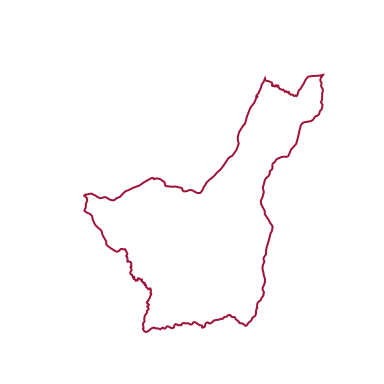 Gramalote, Norte de Santander, Colombia, rotated 15°
{"feature_id": "7082276B79759351892692", "entity_name": "Gramalote", "entity_type": "district", "adm_level": 2, "iso_a3": "COL", "parent_name": "Colombia", "parent_adm1": "Norte de Santander", "projection": "robinson", "projection_center": [-72.809, 7.922], "detail": "fine", "context": "isolated", "style": "outline", "palette": "rose", "viewbox_px": 384, "rotation_deg": 15, "n_neighbors": 0, "source": "geoboundaries", "source_scale": "gbopen_adm2", "svg_char_len": 6032}
<svg xmlns="http://www.w3.org/2000/svg" viewBox="0 0 384 384"><g transform="rotate(15 192 192)"><path d="M95.7,219.5L92.8,220.6L91.4,221.6L90.1,221.9L89.5,222.3L89.0,223.2L88.1,223.4L89.8,223.8L91.5,224.7L92.2,225.4L92.9,226.9L93.0,227.9L92.5,230.9L93.4,234.3L92.9,236.8L93.0,238.0L95.3,239.0L99.0,239.6L101.1,240.6L101.8,241.3L103.3,244.4L106.7,248.5L107.9,249.4L111.0,251.1L113.6,252.2L114.7,253.2L115.7,254.7L116.1,255.8L117.3,257.3L122.0,262.0L122.6,264.4L123.8,265.6L127.9,267.3L133.7,269.1L134.9,269.1L136.6,268.0L137.6,266.1L138.2,265.4L139.0,265.1L140.6,265.1L142.0,264.6L142.3,265.0L143.3,265.5L144.1,266.8L145.0,267.5L145.6,268.6L145.0,270.8L145.8,271.1L146.1,272.0L146.9,272.7L147.1,274.2L147.5,274.9L147.6,275.9L147.9,276.0L148.8,275.3L149.7,275.6L150.7,275.5L151.5,276.2L152.1,277.4L152.1,278.4L152.7,279.4L152.7,279.7L152.0,280.5L153.1,281.4L153.2,282.0L154.0,283.2L153.3,284.9L153.2,286.0L153.7,287.0L154.0,287.3L154.9,287.3L155.4,287.5L156.9,289.6L157.4,288.9L158.1,289.0L158.5,289.6L158.5,291.1L158.9,291.1L159.6,291.5L160.3,291.5L160.8,292.2L161.5,291.5L162.3,291.6L162.4,291.4L162.1,290.4L162.1,289.6L162.3,289.3L162.8,289.1L163.5,289.5L164.5,289.5L165.1,289.9L166.2,289.5L166.5,290.1L166.3,290.7L166.4,291.2L168.2,291.8L168.7,292.7L169.6,292.0L169.8,292.0L170.2,292.9L170.6,293.3L170.6,294.1L171.4,294.0L171.7,294.1L172.0,295.2L172.6,295.9L173.4,296.1L174.4,296.9L175.2,297.2L175.8,297.0L176.4,295.9L176.8,296.0L177.2,296.5L178.1,298.7L178.0,300.4L178.9,300.8L179.1,301.4L178.6,303.4L178.7,304.9L177.9,307.2L177.7,308.9L177.0,309.8L176.9,310.2L177.7,311.4L179.0,311.6L179.6,312.1L179.6,312.8L178.4,314.2L180.0,315.4L180.3,315.9L180.2,316.8L179.3,318.5L179.3,319.2L179.7,320.0L179.7,320.5L179.4,321.4L178.9,322.1L178.4,324.4L178.9,327.6L179.4,328.4L179.6,329.3L179.5,329.9L178.8,330.8L179.1,332.0L178.8,332.7L179.4,333.5L180.3,335.8L180.4,336.3L180.0,336.9L180.8,337.9L181.8,338.7L183.1,339.1L184.4,338.9L186.1,337.3L187.8,334.6L189.3,333.2L190.0,333.2L190.8,332.8L192.7,333.1L194.2,332.5L196.8,332.9L198.8,330.6L199.5,330.7L200.4,331.1L201.4,330.9L202.5,328.5L203.1,328.0L204.6,328.1L206.3,328.7L208.3,328.6L209.5,327.6L209.6,326.7L209.5,324.9L210.6,323.7L211.0,323.7L213.1,324.4L214.8,323.5L215.9,323.6L216.2,323.2L216.5,321.5L218.5,320.5L219.8,320.7L222.4,319.7L224.0,320.4L225.8,320.1L226.4,319.5L227.0,317.6L227.7,317.1L228.7,317.0L230.3,317.6L231.3,317.7L233.3,318.6L236.2,318.5L236.6,318.8L236.8,320.2L237.6,320.2L239.2,318.8L239.2,315.5L240.0,314.4L241.0,313.8L242.6,314.5L243.3,314.5L245.3,312.6L246.0,311.0L246.4,310.4L247.3,310.1L248.6,309.2L250.1,308.8L251.0,308.2L251.7,308.0L252.5,307.1L253.8,306.8L254.8,306.2L255.0,305.3L255.8,304.4L257.9,303.3L258.6,301.9L260.1,301.0L260.9,301.0L262.1,302.0L263.0,302.3L263.9,302.3L265.3,301.8L266.0,302.1L267.2,303.6L270.2,304.8L270.7,305.1L271.0,305.8L272.0,306.3L272.6,306.4L273.9,305.9L274.8,305.9L275.7,306.4L276.8,306.5L277.9,307.3L278.8,307.3L279.8,306.0L280.0,304.4L282.1,301.4L282.6,300.2L282.9,297.9L285.1,295.2L285.3,292.9L284.7,290.9L284.7,289.6L284.5,288.9L284.7,287.8L285.1,287.2L284.3,285.9L284.0,282.3L284.7,280.7L285.9,279.4L286.3,278.5L286.7,276.3L287.8,273.5L287.4,272.7L287.6,270.6L286.7,269.3L285.5,268.1L285.0,266.3L285.7,262.7L285.6,261.7L285.9,260.0L285.3,259.0L285.2,257.5L282.9,253.8L281.6,250.9L280.1,248.4L279.5,245.8L279.5,243.6L279.9,240.7L279.9,240.4L278.8,239.0L278.4,238.1L278.3,236.6L279.5,233.3L279.5,232.3L278.7,229.5L278.5,226.9L278.7,220.0L278.6,211.5L279.1,209.8L279.2,208.5L278.9,204.6L277.5,203.2L275.3,201.5L273.8,199.6L267.9,194.4L267.3,191.8L266.0,190.2L262.7,186.8L261.3,184.5L260.9,183.1L260.9,181.6L261.4,179.0L261.4,173.5L259.4,169.7L259.2,168.8L259.4,165.6L259.3,162.2L259.6,160.2L262.0,156.3L262.4,153.8L261.8,152.8L261.8,151.7L263.4,149.5L263.5,149.0L263.4,147.4L262.6,145.2L262.6,144.3L263.0,143.1L264.4,141.3L265.0,138.8L266.4,137.4L269.3,135.1L271.9,134.0L274.5,133.4L275.2,133.0L275.8,132.2L276.7,125.4L280.2,118.5L280.2,108.5L279.9,105.3L279.9,99.7L280.8,96.9L282.4,95.6L288.2,92.9L290.1,91.2L291.3,87.4L293.3,85.9L294.3,84.6L294.6,83.3L294.7,80.5L295.9,78.3L295.6,74.1L293.4,72.0L293.3,71.6L293.6,70.7L293.6,68.6L292.4,63.9L292.2,60.0L291.4,58.5L290.1,57.3L289.4,56.3L289.1,55.5L288.9,53.2L288.5,52.5L287.2,51.4L286.9,50.7L287.0,47.8L288.0,46.1L288.3,44.9L285.5,46.4L277.1,49.3L274.2,50.7L272.7,54.1L271.7,59.0L270.7,61.9L270.2,64.1L268.8,66.3L268.7,71.1L268.2,72.2L267.2,71.9L266.3,72.8L265.6,72.8L264.4,72.0L263.9,71.9L262.2,72.5L261.0,71.8L260.0,71.7L259.9,70.7L259.5,70.2L258.2,70.9L257.8,70.9L256.9,70.3L256.4,71.0L255.8,71.2L255.0,70.3L254.0,70.2L253.6,69.6L251.9,70.0L251.4,69.7L250.0,69.7L249.2,68.9L248.2,68.5L248.1,67.3L247.7,66.9L247.2,67.0L246.8,67.7L246.4,68.0L246.1,67.8L245.9,67.2L245.5,67.1L245.2,68.4L244.9,68.6L244.3,68.6L243.3,68.0L242.7,68.8L242.2,68.8L241.8,68.6L241.6,68.1L241.5,66.9L241.3,66.3L240.6,65.6L236.9,65.1L235.3,65.4L233.6,64.7L233.1,63.6L232.8,65.4L232.8,66.9L231.6,69.9L231.6,73.8L231.3,74.9L230.7,79.2L229.2,82.5L229.4,83.3L230.1,82.8L230.5,83.0L230.5,83.4L229.6,84.6L229.5,86.9L229.0,89.7L226.6,95.5L225.5,104.9L225.6,111.3L225.4,112.5L224.1,115.0L222.2,121.2L222.0,122.5L222.0,126.4L222.3,128.3L223.2,130.8L224.4,132.6L224.6,133.5L224.3,137.7L223.7,141.0L221.7,146.2L221.1,147.0L220.1,147.7L218.3,150.2L215.8,157.7L214.0,162.3L210.8,167.4L209.7,169.9L207.4,173.5L206.1,175.0L203.5,179.4L202.9,182.2L202.1,184.0L201.8,186.3L201.1,189.2L200.3,190.6L199.0,191.2L197.6,191.5L195.6,191.3L192.1,190.3L190.6,190.4L189.0,190.8L186.8,192.5L185.1,193.2L183.6,193.5L182.4,192.8L181.5,191.0L180.3,190.7L179.0,190.9L175.8,190.9L174.3,191.1L171.0,192.2L165.5,193.0L164.5,192.7L163.5,190.6L162.6,189.4L162.2,189.2L160.9,189.3L160.2,188.6L158.0,187.8L154.8,187.9L151.8,189.4L151.2,188.6L150.2,188.6L148.6,189.6L142.8,195.4L139.7,199.2L133.9,203.3L130.4,206.5L127.8,208.3L126.2,210.5L123.6,215.5L120.9,217.3L119.2,219.9L117.4,220.6L114.5,220.6L110.9,219.5L109.3,219.4L105.0,221.8L102.1,221.3L99.3,220.3L96.8,220.0L95.7,219.5Z" fill="none" stroke="#9f1239" stroke-width="2"/></g></svg>